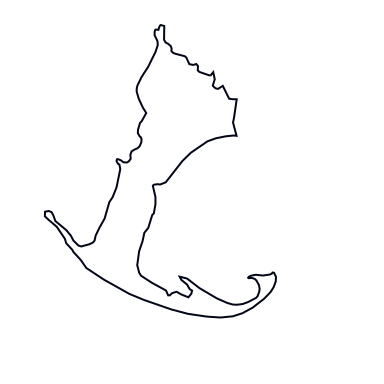 outline of Barnstable, Massachusetts, United States of America, rotated 124°
{"feature_id": "52423323B82031073374827", "entity_name": "Barnstable", "entity_type": "district", "adm_level": 2, "iso_a3": "USA", "parent_name": "United States of America", "parent_adm1": "Massachusetts", "projection": "orthographic", "projection_center": [-70.291, 41.798], "detail": "fine", "context": "isolated", "style": "outline", "palette": "ink", "viewbox_px": 384, "rotation_deg": 124, "n_neighbors": 0, "source": "geoboundaries", "source_scale": "gbopen_adm2", "svg_char_len": 2398}
<svg xmlns="http://www.w3.org/2000/svg" viewBox="0 0 384 384"><g transform="rotate(124 192 192)"><path d="M77.9,313.1L79.7,312.8L82.9,310.7L86.2,305.0L89.4,302.5L96.6,300.5L103.7,299.6L113.0,298.3L113.4,298.3L121.7,298.2L122.0,298.1L123.2,298.1L124.9,298.1L134.2,296.8L136.7,295.9L139.6,294.1L144.4,288.4L147.9,282.6L149.5,279.9L152.1,274.1L161.3,273.3L163.8,273.7L170.6,271.6L173.6,269.7L175.2,266.3L175.2,265.0L176.6,263.2L179.4,261.7L183.7,261.0L186.3,261.7L189.0,263.4L192.1,264.8L195.6,263.9L198.8,261.4L201.8,261.5L203.9,262.4L205.7,265.5L205.5,268.9L206.2,271.8L206.8,272.5L208.7,271.8L210.0,269.0L209.8,267.6L213.1,264.3L216.4,262.9L230.5,257.1L240.8,254.9L246.5,254.9L253.9,252.5L262.9,249.6L273.7,248.7L282.0,247.5L286.8,245.6L289.1,245.8L292.5,247.7L299.1,253.4L299.9,256.2L298.6,263.1L296.0,267.9L293.9,274.9L292.5,289.0L288.7,294.2L287.2,297.2L287.9,300.2L290.5,302.8L294.4,300.4L295.2,295.6L296.5,284.5L301.9,271.2L304.8,267.6L306.9,258.8L308.0,256.9L310.6,246.1L314.1,237.1L313.9,216.0L311.5,187.0L308.4,171.7L300.9,143.4L295.3,127.3L287.1,110.2L280.2,98.3L272.3,88.7L264.6,82.6L254.1,77.1L240.1,72.5L230.9,70.9L225.3,71.1L219.4,72.5L215.4,74.9L213.1,78.8L213.7,80.2L215.2,80.2L217.0,81.4L221.6,86.5L225.0,92.9L228.6,96.4L230.4,97.4L231.7,97.5L231.8,96.9L229.7,94.2L229.0,91.4L229.3,89.2L231.7,84.5L234.3,81.9L237.0,80.5L241.6,79.4L243.8,79.6L251.8,83.9L256.6,87.4L260.5,91.9L262.5,95.3L264.3,100.8L266.3,112.1L267.5,132.1L266.5,147.7L269.1,154.9L270.8,151.7L271.5,144.3L273.8,139.6L273.7,136.8L276.7,135.7L281.3,136.1L282.9,143.5L283.3,149.0L287.1,152.0L290.1,152.6L291.0,154.0L288.2,158.4L289.7,174.5L289.9,187.4L288.4,190.7L283.3,196.5L280.6,197.8L270.7,202.7L260.7,205.4L252.4,208.7L246.2,208.2L233.3,212.1L231.0,211.7L222.5,215.5L216.6,219.5L208.8,227.9L207.4,227.8L204.6,224.7L204.2,223.8L203.7,222.7L198.7,219.2L171.9,217.3L169.3,216.8L160.1,214.9L141.3,207.5L134.2,202.3L126.8,195.0L121.9,189.1L120.5,186.5L111.5,196.8L106.5,198.9L90.1,206.8L92.3,210.1L93.9,213.4L86.8,225.8L92.0,228.1L92.9,230.5L92.3,234.2L85.8,236.2L80.8,241.4L84.7,241.7L85.6,242.8L87.9,251.4L88.3,253.0L88.0,255.2L84.3,257.4L83.5,260.1L85.9,261.9L87.5,265.7L83.7,271.9L83.5,274.0L86.8,283.4L87.2,285.9L86.6,288.0L84.6,289.0L83.0,291.0L82.5,294.3L82.8,297.5L81.4,300.3L69.9,307.8L71.0,311.2L71.9,311.6L74.1,311.3L76.3,310.5L77.1,312.1L77.9,313.1Z" fill="none" stroke="#020617" stroke-width="2"/></g></svg>